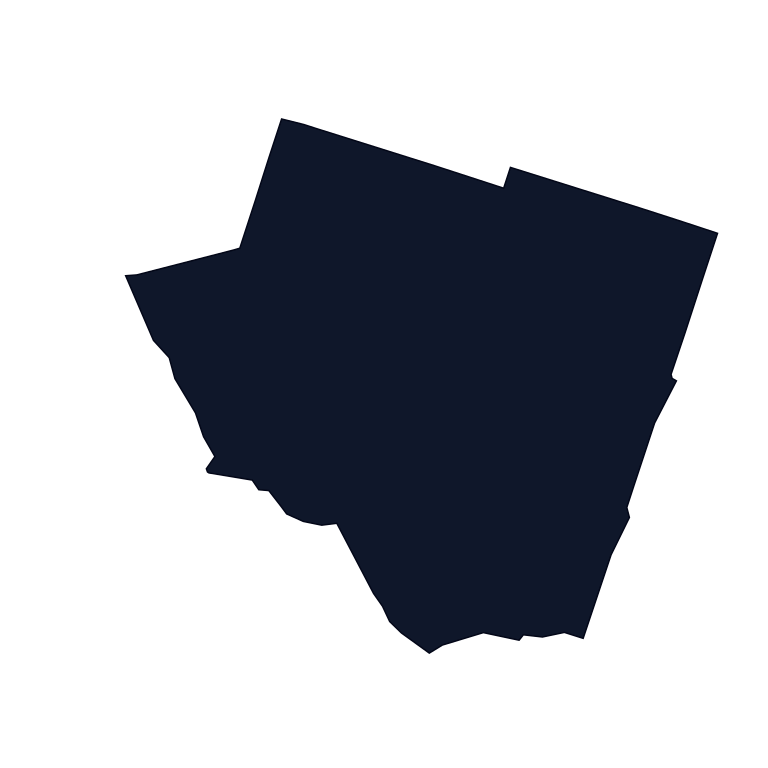 Cobb, Georgia, United States of America, rotated 107°
{"feature_id": "52423323B33161385317476", "entity_name": "Cobb", "entity_type": "district", "adm_level": 2, "iso_a3": "USA", "parent_name": "United States of America", "parent_adm1": "Georgia", "projection": "natural_earth1", "projection_center": [-84.542, 33.913], "detail": "fine", "context": "isolated", "style": "filled", "palette": "ink", "viewbox_px": 768, "rotation_deg": 107, "n_neighbors": 0, "source": "geoboundaries", "source_scale": "gbopen_adm2", "svg_char_len": 855}
<svg xmlns="http://www.w3.org/2000/svg" viewBox="0 0 768 768"><g transform="rotate(107 384 384)"><path d="M142.4,109.1L141.6,145.4L140.9,190.6L139.9,326.4L161.8,326.8L160.5,398.9L159.5,524.2L159.3,536.5L160.5,559.4L200.9,560.2L246.7,560.7L296.3,561.6L299.9,567.1L352.0,652.4L356.0,662.7L409.7,617.2L421.6,597.1L440.0,585.5L466.8,555.8L487.2,541.1L502.8,524.5L517.0,529.1L519.7,527.1L520.2,525.4L514.4,481.9L521.7,472.8L519.6,463.0L531.3,446.4L536.7,439.1L539.0,421.0L537.2,402.3L531.0,388.4L587.4,332.7L597.0,320.4L609.5,309.1L617.0,294.5L628.1,262.0L616.6,251.9L592.7,216.3L589.5,179.9L583.1,177.4L579.6,158.5L568.8,138.9L569.0,119.2L480.9,116.9L439.9,110.3L431.1,115.7L408.9,115.3L364.7,114.3L364.4,114.3L342.1,113.8L295.5,105.3L294.4,110.1L290.9,112.3L247.6,111.1L189.9,110.1L142.4,109.1Z" fill="#0f172a" stroke="#020617" stroke-width="1.5"/></g></svg>